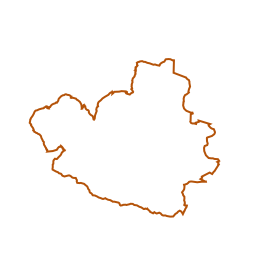 outline of Carjiti, Hunedoara, Romania, rotated 14°
{"feature_id": "2599482B6366449837479", "entity_name": "Carjiti", "entity_type": "district", "adm_level": 2, "iso_a3": "ROU", "parent_name": "Romania", "parent_adm1": "Hunedoara", "projection": "natural_earth1", "projection_center": [22.817, 45.851], "detail": "fine", "context": "isolated", "style": "outline", "palette": "amber", "viewbox_px": 256, "rotation_deg": 14, "n_neighbors": 0, "source": "geoboundaries", "source_scale": "gbopen_adm2", "svg_char_len": 5739}
<svg xmlns="http://www.w3.org/2000/svg" viewBox="0 0 256 256"><g transform="rotate(14 128 128)"><path d="M155.6,51.3L155.2,51.6L152.5,51.0L150.7,51.3L148.2,52.1L147.9,52.4L147.2,54.8L145.6,55.9L144.1,57.5L143.5,58.8L143.6,59.3L143.4,59.9L140.8,60.0L138.8,59.8L137.6,60.4L136.7,60.4L133.3,60.0L131.0,60.1L128.7,59.7L127.3,60.0L125.6,59.7L123.5,60.5L122.9,61.1L122.5,61.2L121.4,61.9L120.8,62.6L121.4,63.6L121.4,64.3L122.1,65.0L121.9,65.3L121.9,65.6L121.6,65.8L121.5,66.4L120.7,67.1L120.7,67.5L121.1,67.6L121.2,67.9L120.9,69.0L121.5,69.6L121.2,70.0L121.5,70.0L121.7,70.3L121.7,70.7L121.8,70.9L121.5,71.4L121.5,71.9L121.8,72.3L121.8,73.0L122.1,73.3L122.0,73.7L122.2,74.3L121.9,74.8L121.8,75.7L121.9,76.4L120.7,78.7L120.6,79.7L120.8,80.6L120.6,81.0L121.2,82.1L121.3,82.6L121.2,83.2L121.1,84.5L121.2,84.9L121.1,85.4L121.5,86.1L121.4,86.8L122.4,88.5L121.9,89.1L121.8,89.5L122.9,90.2L123.7,91.1L123.9,91.7L124.2,91.8L124.2,92.2L122.6,93.5L121.6,95.1L118.7,95.0L117.8,94.8L117.5,94.5L118.3,94.0L118.4,93.7L118.4,93.4L117.8,93.1L117.1,93.0L112.8,93.8L110.5,94.9L106.0,96.2L105.1,97.1L105.1,97.3L105.3,97.6L104.7,98.4L104.7,97.7L104.2,97.7L104.1,97.2L103.8,96.8L103.7,97.1L102.5,97.9L101.7,99.0L101.0,100.5L98.1,103.3L96.1,105.5L94.9,107.7L93.4,109.6L93.0,110.5L92.9,112.3L93.2,113.1L93.2,113.6L93.4,113.6L93.5,114.1L93.4,114.3L93.6,114.4L92.9,115.5L92.7,116.2L92.8,118.1L93.2,118.4L93.5,119.1L93.0,123.7L93.4,127.0L93.0,127.2L92.9,128.1L92.5,128.0L91.3,125.6L90.7,124.9L88.9,124.4L87.6,123.7L86.4,122.6L86.2,122.2L86.0,121.3L85.6,120.7L85.2,120.4L83.7,120.3L82.5,119.6L81.7,118.5L81.3,117.3L81.0,116.9L81.1,117.2L80.8,117.3L80.4,116.6L80.1,116.6L80.4,117.4L80.1,117.3L80.0,117.5L79.6,116.4L79.4,116.6L79.3,117.2L79.5,117.9L79.2,118.0L79.0,118.4L79.0,120.2L78.4,120.5L78.3,119.5L78.1,119.2L77.3,117.1L76.8,116.2L75.0,114.3L72.5,113.1L71.4,112.9L70.5,112.1L67.5,112.0L65.7,112.4L65.3,112.0L65.3,112.5L65.2,112.5L65.1,111.9L65.3,111.2L64.9,111.2L64.1,110.6L62.6,110.3L61.1,110.5L59.7,110.3L59.0,110.5L58.0,111.6L56.9,112.0L55.5,113.3L53.9,116.1L53.7,116.7L53.7,118.4L53.3,119.7L52.9,120.2L52.8,120.7L52.1,120.6L51.2,121.8L49.8,122.6L48.5,123.8L47.8,125.0L47.4,126.4L46.9,126.6L46.9,126.9L46.3,127.3L46.2,127.9L46.4,128.2L45.9,128.3L45.4,127.9L45.3,128.2L44.8,128.2L44.4,127.3L44.1,127.0L44.3,126.7L43.9,126.6L43.1,127.0L43.1,127.4L41.8,128.3L41.7,128.8L41.1,129.4L40.2,129.7L37.2,131.4L35.4,132.9L34.4,133.3L33.9,133.8L33.4,135.0L33.1,137.1L32.5,139.3L31.3,142.3L31.4,142.9L31.1,143.7L31.3,144.4L31.4,146.8L32.9,147.8L33.2,148.1L33.1,148.6L33.3,148.9L36.0,151.2L36.9,152.5L36.6,152.9L36.6,153.3L37.5,153.6L38.1,154.4L38.9,154.4L40.2,155.0L40.9,154.9L42.3,155.5L43.6,155.6L45.4,156.8L46.5,158.7L47.9,160.2L48.5,161.2L49.6,161.8L49.8,162.1L50.0,163.4L50.7,164.7L51.8,165.7L52.2,166.3L53.3,167.2L53.5,167.9L53.9,168.0L54.2,168.6L54.7,168.6L54.8,168.7L54.7,169.1L54.8,169.4L55.3,169.6L55.6,170.1L55.5,170.4L60.5,168.6L63.8,166.6L64.5,166.0L64.5,165.3L64.9,164.3L65.6,163.1L66.5,162.8L66.6,162.6L66.5,162.4L66.7,162.2L67.7,162.4L67.6,162.2L67.3,162.0L67.3,161.6L68.6,162.3L70.2,163.6L69.8,164.0L70.9,164.7L71.1,164.6L72.1,164.9L72.0,165.2L71.0,165.8L70.5,166.4L70.4,167.1L69.8,167.7L69.4,170.0L69.0,171.0L67.5,173.4L66.7,175.1L66.2,175.4L64.5,175.5L63.6,177.5L63.6,178.2L64.2,180.8L63.8,181.6L64.5,184.3L64.6,185.8L64.9,186.6L68.6,187.6L70.9,187.9L71.9,188.6L74.0,188.6L74.9,189.2L75.6,190.0L76.2,190.2L78.1,190.4L81.8,188.4L82.8,188.2L84.7,188.8L85.5,189.4L86.7,189.6L87.8,189.5L89.4,189.1L90.4,190.4L91.0,190.9L91.1,191.2L91.2,192.3L92.0,193.5L94.3,193.2L95.5,192.7L98.9,192.8L100.8,193.8L101.9,194.2L102.9,194.9L104.1,196.7L105.6,197.8L106.1,199.1L106.7,199.8L108.3,200.3L109.4,201.1L110.0,201.8L112.2,201.5L114.9,202.0L116.2,202.5L118.4,202.6L120.1,202.9L121.0,202.9L123.1,201.6L123.6,201.9L125.9,202.4L128.7,202.3L129.3,202.7L130.2,202.8L131.0,203.2L132.4,202.8L136.9,202.7L137.8,203.1L138.9,204.7L139.7,205.0L141.4,204.2L141.9,203.7L144.3,203.0L145.0,203.1L148.1,201.5L148.8,200.9L151.0,200.5L152.7,201.2L155.3,200.9L155.8,201.0L158.1,201.7L160.1,201.8L162.9,202.8L163.8,202.5L164.2,202.0L166.1,202.0L166.3,201.6L167.2,202.3L169.4,203.5L169.7,204.0L173.0,204.7L173.9,203.3L175.2,203.8L176.6,204.0L178.8,202.6L180.4,203.0L181.9,204.1L183.3,204.4L185.5,203.8L187.0,204.0L190.1,203.8L191.7,203.4L193.3,202.9L194.8,199.8L196.0,198.7L196.9,197.0L198.2,195.7L199.7,196.1L200.7,196.8L202.1,198.3L202.6,195.6L202.5,195.3L202.9,194.8L203.2,192.5L203.9,190.5L203.9,189.0L202.5,189.2L202.3,189.1L202.1,189.4L201.2,189.1L201.4,187.3L200.8,185.8L200.0,184.7L199.8,182.8L199.3,181.0L197.9,180.0L197.4,179.0L196.0,177.3L196.8,175.5L197.3,173.9L197.2,172.8L197.0,171.2L196.1,169.5L197.3,169.0L198.0,168.3L198.8,167.9L199.8,166.5L200.3,165.5L201.4,164.9L202.7,164.5L208.3,163.9L212.5,162.3L216.6,161.3L216.5,161.1L216.0,161.3L210.7,160.0L212.0,158.4L211.4,157.3L218.0,151.5L220.8,152.3L221.8,149.6L222.3,149.2L224.9,141.4L224.2,141.2L224.1,139.7L222.9,139.3L224.4,137.9L222.8,136.5L219.3,137.1L217.8,136.9L216.1,137.3L213.5,137.6L210.2,135.6L207.6,132.0L206.6,128.9L206.8,126.9L209.0,125.4L209.1,123.8L207.9,121.8L207.0,118.8L207.0,118.3L207.3,118.0L211.4,115.4L213.2,113.1L213.5,111.5L213.3,110.8L211.6,108.4L209.6,108.3L208.1,107.8L205.8,106.3L205.4,105.5L206.7,104.3L194.7,103.7L195.2,104.9L192.6,106.4L193.1,107.1L193.1,107.6L191.1,107.6L189.6,108.0L188.1,107.9L186.9,106.8L187.0,106.0L185.6,99.5L187.3,98.3L186.8,97.5L185.4,97.9L180.5,97.2L178.2,95.9L177.6,95.4L176.1,92.9L175.9,92.1L175.9,91.4L175.5,89.3L175.8,88.9L174.9,86.1L174.9,84.1L175.5,82.1L176.6,81.3L178.5,78.8L177.8,78.0L177.8,75.4L178.2,72.8L176.7,69.5L176.4,68.2L175.5,66.8L173.9,66.3L172.6,65.5L172.2,65.0L158.9,63.4L156.2,51.2L155.6,51.3Z" fill="none" stroke="#b45309" stroke-width="2"/></g></svg>